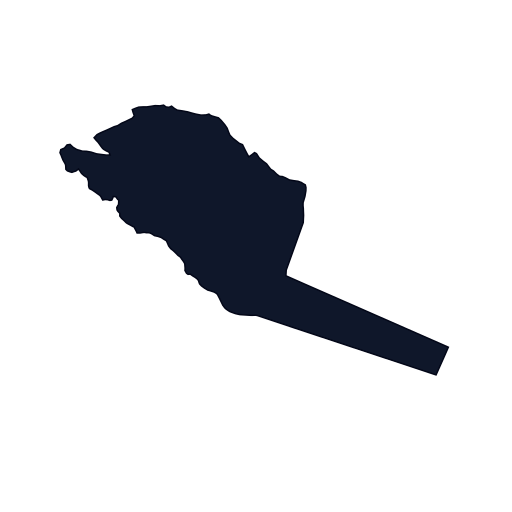 Homa Bay, Nyanza, Kenya (orthographic projection), rotated 154°
{"feature_id": "3690345B18622928067574", "entity_name": "Homa Bay", "entity_type": "district", "adm_level": 2, "iso_a3": "KEN", "parent_name": "Kenya", "parent_adm1": "Nyanza", "projection": "orthographic", "projection_center": [34.502, -0.52], "detail": "fine", "context": "isolated", "style": "filled", "palette": "ink", "viewbox_px": 512, "rotation_deg": 154, "n_neighbors": 0, "source": "geoboundaries", "source_scale": "gbopen_adm2", "svg_char_len": 3215}
<svg xmlns="http://www.w3.org/2000/svg" viewBox="0 0 512 512"><g transform="rotate(154 256 256)"><path d="M386.9,434.8L387.0,431.7L387.2,429.8L387.4,426.7L387.3,425.3L387.1,422.7L387.2,421.5L387.5,420.5L388.9,417.2L388.2,415.2L386.1,413.0L384.8,411.9L382.2,411.6L381.2,411.4L380.1,411.4L377.4,412.1L376.9,409.2L376.6,406.7L375.5,404.0L374.3,401.9L373.3,400.7L373.6,398.1L373.8,396.7L374.3,395.3L375.6,392.7L376.0,391.3L376.1,389.6L374.2,387.0L372.6,384.2L371.8,382.7L371.3,381.7L369.8,379.0L369.4,377.6L369.3,375.2L369.2,373.5L366.8,372.9L365.8,372.3L364.6,371.6L363.1,370.1L362.1,369.7L361.1,369.5L359.1,371.1L358.2,372.1L356.0,370.6L355.5,367.5L354.9,366.3L357.0,362.5L358.1,361.9L359.9,360.6L360.7,358.3L360.5,356.6L359.7,354.1L360.3,352.8L360.9,351.7L360.3,348.7L359.7,347.3L358.9,345.3L358.1,342.9L357.5,341.8L356.8,340.8L355.1,338.5L353.7,336.4L352.9,335.6L352.7,330.1L352.8,328.8L350.1,327.5L347.0,326.6L345.7,326.0L344.5,325.1L341.8,323.7L340.8,322.7L339.9,321.5L338.3,318.8L335.5,316.6L333.1,314.2L331.3,311.1L329.9,309.1L329.9,307.0L330.0,305.0L330.1,303.4L329.9,302.3L329.4,299.9L328.2,297.5L327.6,296.0L327.2,294.9L326.4,292.6L326.1,291.6L325.8,290.7L324.4,288.1L324.1,285.7L323.7,283.7L323.4,281.2L323.5,280.1L324.0,278.8L325.0,276.3L325.5,275.3L326.2,274.1L326.0,270.9L325.1,269.3L323.0,268.5L321.5,265.7L320.9,264.8L320.0,263.4L318.9,261.1L318.6,260.1L318.5,258.9L318.8,257.0L318.9,255.6L318.1,253.0L316.9,250.7L316.3,249.6L315.7,248.7L314.2,246.4L312.9,245.3L310.6,243.1L309.3,241.8L307.9,239.6L307.5,238.2L307.4,234.2L307.4,232.4L307.4,230.8L307.4,226.3L306.8,223.1L306.1,221.3L304.9,219.2L304.0,217.7L303.2,216.8L300.8,214.3L299.8,213.3L299.1,212.7L296.2,210.4L286.2,204.7L282.2,202.9L280.9,201.9L253.4,174.9L252.6,174.1L161.9,85.5L146.3,70.2L130.9,83.1L123.1,89.7L192.4,171.5L225.0,209.9L237.8,225.1L235.0,230.1L231.7,233.3L198.9,265.3L197.0,268.8L195.4,271.7L193.8,275.4L192.7,277.8L191.7,280.5L190.3,283.3L186.8,287.1L185.9,288.1L185.1,289.2L182.6,292.7L181.1,295.6L180.5,298.3L182.2,300.8L182.9,302.1L185.5,304.8L188.7,306.9L192.6,309.7L195.3,313.4L197.4,315.8L199.9,317.3L201.6,320.6L203.0,324.7L204.8,327.6L205.4,330.5L206.1,334.2L208.2,338.3L210.1,342.7L210.7,347.8L212.0,349.6L215.1,348.9L219.0,348.3L219.2,352.4L219.3,357.0L219.3,362.0L221.7,364.7L223.2,367.9L225.2,372.0L226.5,376.1L226.3,379.7L225.9,383.5L226.5,387.7L227.9,393.2L229.2,396.7L231.6,398.8L234.2,401.2L235.3,402.5L236.1,404.2L239.0,404.7L243.6,406.7L248.0,410.0L251.7,413.2L254.2,415.5L256.4,417.1L257.3,417.8L260.0,419.7L262.8,421.6L264.6,424.3L266.2,427.7L269.0,427.8L271.5,429.4L272.9,432.1L276.5,433.1L280.8,435.4L285.4,436.8L288.8,437.9L292.3,439.6L296.1,441.2L299.5,441.6L303.0,441.8L303.5,439.1L303.9,435.4L306.8,434.1L310.2,434.1L314.4,434.1L318.7,434.3L323.1,433.8L326.8,434.4L331.7,434.5L335.5,434.6L339.2,434.8L342.3,434.9L345.6,434.8L349.7,433.3L349.0,430.3L348.1,427.5L347.8,425.9L347.3,422.8L346.7,419.9L346.0,418.4L344.4,416.0L343.5,414.9L342.6,413.8L342.8,410.8L346.1,412.2L349.5,414.4L354.5,417.7L358.7,421.7L362.4,424.4L366.2,426.4L368.3,428.4L369.7,429.6L370.7,430.7L372.8,434.0L374.2,437.8L377.1,438.7L380.8,437.0L384.8,437.2L386.9,434.8Z" fill="#0f172a" stroke="#020617" stroke-width="1.5"/></g></svg>